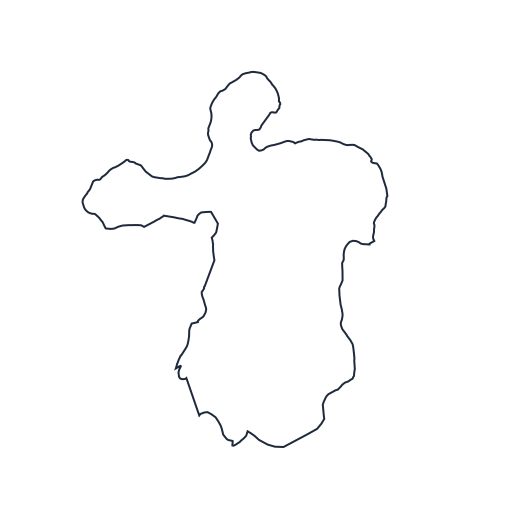 Bois D'Orange/Trouya, Gros Islet, Saint Lucia (Mercator projection), rotated 46°
{"feature_id": "8701671B8810495152060", "entity_name": "Bois D'Orange/Trouya", "entity_type": "district", "adm_level": 2, "iso_a3": "LCA", "parent_name": "Saint Lucia", "parent_adm1": "Gros Islet", "projection": "mercator", "projection_center": [-60.971, 14.062], "detail": "fine", "context": "isolated", "style": "outline", "palette": "slate", "viewbox_px": 512, "rotation_deg": 46, "n_neighbors": 0, "source": "geoboundaries", "source_scale": "gbopen_adm2", "svg_char_len": 6125}
<svg xmlns="http://www.w3.org/2000/svg" viewBox="0 0 512 512"><g transform="rotate(46 256 256)"><path d="M326.6,166.3L326.0,165.7L327.4,160.5L325.1,159.7L324.0,159.0L322.6,157.4L321.3,155.3L320.2,153.9L318.7,152.5L317.4,150.7L316.0,149.3L314.2,148.4L313.4,147.1L312.2,143.8L311.9,142.4L311.8,140.7L311.2,138.0L311.0,135.4L310.6,133.8L310.6,130.1L310.2,128.4L308.8,126.7L307.4,124.7L305.9,123.0L304.6,121.5L304.1,119.8L298.0,115.4L286.8,109.9L285.8,109.2L284.6,108.4L282.7,107.2L279.6,105.9L275.1,104.9L273.4,104.8L271.1,106.6L270.0,107.3L268.5,107.6L267.8,107.4L267.5,106.6L266.8,105.5L264.3,104.9L262.5,104.8L260.7,104.4L258.2,104.6L255.2,105.0L253.6,105.1L249.9,106.4L248.3,107.0L247.1,107.3L244.5,108.1L243.3,109.1L241.1,111.5L240.6,112.3L239.3,113.6L238.4,114.2L236.5,115.2L235.0,115.8L233.6,116.3L233.1,116.3L229.9,118.2L228.8,119.0L226.5,120.6L224.0,122.5L218.7,127.5L217.3,128.9L216.7,129.8L214.0,132.0L213.0,133.3L210.3,135.4L208.8,136.4L208.0,137.6L205.9,141.3L205.0,143.8L203.8,145.5L202.4,148.6L202.1,149.7L201.7,149.8L200.6,149.8L199.2,150.4L195.9,152.6L194.5,154.3L193.4,156.6L192.1,159.6L190.1,163.4L188.5,166.2L186.8,168.7L185.6,171.2L184.9,173.0L184.7,174.9L184.7,176.5L184.1,178.1L183.1,179.8L182.4,180.7L180.1,181.3L174.3,181.4L171.3,180.3L167.6,178.0L166.6,176.6L165.2,175.6L164.1,173.5L163.9,170.9L164.5,169.5L166.7,166.9L167.3,165.7L167.1,164.4L166.6,162.7L165.9,161.6L163.6,148.2L163.0,146.4L163.4,145.0L164.2,144.1L165.3,143.4L166.6,142.2L166.6,140.7L166.2,139.7L165.7,136.3L164.6,135.2L163.8,133.9L163.6,133.0L162.1,132.1L160.8,132.2L160.2,131.5L158.1,129.6L154.9,127.8L153.3,127.0L150.6,126.1L148.7,125.6L145.7,125.3L144.0,125.3L142.3,124.9L140.4,124.6L138.2,124.7L135.5,124.5L134.4,124.0L133.4,123.9L131.5,124.2L129.4,124.8L127.6,125.5L125.9,126.7L122.3,129.5L120.3,131.6L119.3,133.6L117.9,135.6L117.0,137.2L116.0,139.2L115.8,140.9L115.8,142.3L116.1,143.9L115.5,148.3L114.2,153.3L113.7,154.8L113.8,156.9L114.2,159.8L114.6,162.0L114.1,164.2L113.6,165.8L113.1,166.4L112.7,167.8L112.8,170.3L113.9,174.0L114.3,177.3L114.9,179.7L115.6,181.7L116.8,184.4L117.7,186.0L118.6,186.8L122.5,189.1L124.9,191.2L127.1,193.8L128.6,196.3L130.8,201.1L131.5,202.1L132.7,202.9L133.8,204.6L135.2,206.1L138.4,207.7L141.0,208.8L142.6,208.8L144.2,209.4L145.7,210.4L146.9,211.9L148.4,215.2L149.6,217.4L150.5,219.5L152.9,224.4L153.7,227.7L153.8,230.6L153.8,232.5L153.6,236.8L153.0,241.0L151.7,245.2L150.7,248.9L149.2,251.9L146.1,256.2L145.0,257.4L144.5,258.4L143.7,260.1L142.4,262.1L141.3,263.5L138.7,266.4L136.9,268.1L135.5,268.9L133.7,270.6L128.5,274.5L126.6,275.5L122.8,276.1L120.5,276.4L118.8,276.7L114.7,276.3L112.5,276.0L110.8,275.9L110.2,276.1L109.1,276.7L105.8,278.3L105.2,278.2L104.0,278.6L102.8,279.3L100.9,280.9L100.1,281.3L99.4,281.5L98.9,281.3L98.3,281.2L97.5,281.7L97.1,282.2L96.8,282.7L96.7,285.0L96.3,287.6L95.3,292.7L94.8,294.1L94.4,295.6L93.8,296.7L93.4,297.6L92.7,300.8L92.7,302.9L92.9,304.9L92.9,307.7L92.7,309.5L92.2,312.2L92.5,313.1L92.6,314.8L92.4,315.7L91.9,316.3L90.9,317.1L89.7,319.2L89.2,321.2L89.8,322.6L92.6,328.9L93.0,331.1L93.1,332.4L93.2,333.0L93.5,333.5L93.7,334.1L94.2,337.8L94.7,339.9L95.1,341.2L95.7,342.1L96.6,343.2L97.1,343.6L99.0,344.6L101.4,345.8L102.6,346.2L103.6,346.5L105.3,346.6L107.2,346.5L108.5,346.2L109.7,345.7L111.4,344.8L113.1,343.3L113.9,342.7L114.6,342.6L115.5,342.5L118.9,342.3L120.0,342.3L121.7,342.6L125.0,342.8L130.1,344.5L131.1,344.8L131.9,344.9L135.8,341.5L137.8,338.9L139.3,334.7L141.3,331.0L142.2,329.8L143.1,328.8L145.5,326.0L151.2,320.0L153.1,318.2L154.3,317.2L157.3,316.3L160.3,306.1L161.5,301.3L162.2,299.6L162.4,297.8L162.9,295.7L163.0,294.1L164.0,293.6L166.1,291.9L166.6,291.6L168.4,290.2L171.8,287.7L174.3,286.1L178.4,283.0L180.6,281.8L185.5,279.0L187.3,278.2L188.6,277.8L189.2,277.4L189.4,277.1L189.0,276.2L188.0,273.6L186.4,270.1L186.2,267.6L186.7,265.0L190.3,260.6L192.3,258.4L193.1,257.7L206.2,260.9L207.9,263.2L211.0,267.7L211.5,268.8L212.0,272.2L212.0,275.0L215.1,276.8L216.7,278.1L217.6,278.5L219.0,280.1L221.2,282.0L222.4,283.2L226.1,286.0L230.2,288.9L242.2,314.0L242.1,314.5L242.6,315.3L243.2,315.8L243.5,316.6L244.0,318.8L244.1,319.9L245.5,321.3L247.8,322.7L251.5,324.3L255.1,326.3L258.5,328.0L259.7,328.8L261.7,331.7L262.6,334.8L262.9,335.5L262.9,336.8L262.3,340.4L262.3,341.4L262.4,342.7L262.6,343.6L263.1,343.8L260.6,348.1L259.9,349.2L262.0,353.9L262.6,355.0L263.6,356.2L265.9,358.5L267.8,360.6L270.2,363.8L271.9,366.3L272.3,367.1L272.9,368.3L273.3,369.6L273.9,371.9L275.4,378.2L275.3,379.3L275.5,379.4L275.7,380.4L276.2,381.6L276.7,383.1L278.3,386.4L278.8,387.7L279.7,389.1L281.2,391.8L282.4,386.8L283.1,386.7L284.0,389.1L285.0,391.3L286.2,392.9L288.3,394.4L289.2,395.1L289.9,395.4L291.3,395.6L292.6,395.1L293.5,394.5L294.3,393.6L294.9,392.8L295.3,392.0L295.5,391.3L295.5,390.9L331.3,407.6L331.0,405.8L332.6,402.0L334.7,399.3L338.9,398.0L343.9,397.1L348.9,398.0L353.7,399.3L356.6,400.7L361.8,403.7L367.4,404.2L369.2,403.7L372.8,401.3L373.3,401.6L374.7,403.3L375.9,404.6L376.8,404.0L377.5,402.0L377.7,401.0L378.5,396.9L378.4,395.2L378.7,391.3L378.5,388.2L378.4,387.8L377.7,386.4L377.1,385.4L376.3,383.8L379.7,382.9L384.2,382.0L390.4,381.6L399.8,378.6L406.4,374.8L412.5,368.9L419.9,343.1L422.8,332.1L422.0,325.3L420.6,320.1L416.9,317.3L412.7,313.9L409.4,311.3L408.1,308.9L406.8,305.6L406.1,303.8L405.8,302.1L405.7,299.9L407.1,294.9L407.8,292.2L409.0,289.8L408.9,289.3L408.9,286.5L408.5,283.4L408.9,279.9L410.3,276.9L410.8,273.7L411.3,272.1L411.2,271.3L410.6,270.1L410.4,269.0L409.8,268.2L408.7,267.1L408.3,266.4L407.0,265.0L406.8,264.6L406.0,263.5L399.4,257.9L398.0,256.3L394.0,253.1L396.2,254.9L394.9,253.8L389.0,249.3L386.4,247.7L383.9,247.1L382.0,246.6L376.4,245.9L376.0,245.7L371.8,245.1L368.5,244.7L365.6,243.4L364.2,242.6L362.6,240.9L361.5,238.5L359.4,235.6L357.7,233.9L353.9,231.3L349.7,228.9L344.7,225.1L341.9,223.0L340.8,221.9L337.4,219.0L336.3,217.2L335.4,214.6L333.7,210.7L327.2,204.5L322.8,200.7L320.8,198.8L319.9,195.9L318.6,194.4L315.9,192.0L313.8,189.4L312.4,187.1L311.5,184.3L311.1,181.8L310.9,179.0L312.3,175.8L314.7,173.7L317.2,172.5L319.7,172.0L321.5,171.0L326.6,166.3Z" fill="none" stroke="#1e293b" stroke-width="2"/></g></svg>